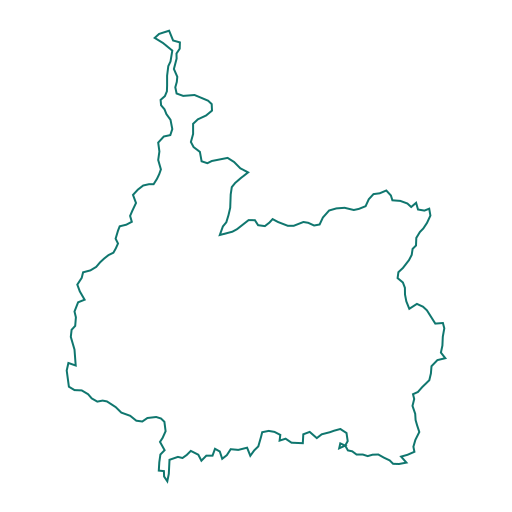 Balsa Nova, Paraná, Brazil (Albers equal-area conic projection)
{"feature_id": "56859067B3442614112454", "entity_name": "Balsa Nova", "entity_type": "district", "adm_level": 2, "iso_a3": "BRA", "parent_name": "Brazil", "parent_adm1": "Paraná", "projection": "albers", "projection_center": [-49.689, -25.488], "detail": "fine", "context": "isolated", "style": "outline", "palette": "teal", "viewbox_px": 512, "rotation_deg": 0, "n_neighbors": 0, "source": "geoboundaries", "source_scale": "gbopen_adm2", "svg_char_len": 3236}
<svg xmlns="http://www.w3.org/2000/svg" viewBox="0 0 512 512"><path d="M445.3,358.2L440.9,352.6L442.4,345.6L442.8,336.7L444.3,328.3L442.9,323.0L435.3,323.6L426.9,310.3L423.0,306.7L416.9,303.9L409.3,308.8L406.3,301.3L405.0,294.5L404.9,287.8L402.9,282.5L397.6,278.1L398.4,272.2L402.9,268.0L409.0,260.1L411.7,254.9L412.6,248.9L416.0,245.5L416.3,237.9L419.9,232.0L423.3,228.5L427.0,222.9L430.4,215.6L429.2,208.7L424.4,210.6L418.0,209.5L416.1,202.8L411.2,207.0L407.4,203.5L400.3,200.9L392.4,200.3L390.9,195.5L386.3,190.5L379.7,193.3L373.5,194.1L368.8,199.2L365.6,206.2L358.9,208.9L353.8,210.0L344.6,207.8L336.4,208.4L329.1,210.5L322.9,217.5L319.6,224.5L314.1,225.5L308.2,222.8L303.4,222.0L293.7,225.8L287.8,225.8L278.0,222.0L272.6,219.1L269.4,222.6L264.9,226.1L258.1,225.2L254.9,220.2L248.6,220.1L237.0,229.2L232.4,231.7L219.8,235.0L222.9,226.4L226.3,222.3L228.5,215.1L230.2,207.8L230.7,194.4L231.8,187.1L235.2,182.9L240.9,178.0L248.1,172.4L240.3,168.3L234.1,162.0L227.6,157.9L211.8,161.0L207.4,163.2L201.6,161.3L199.9,151.9L193.6,147.1L190.9,142.0L193.1,134.0L193.1,123.8L197.9,119.3L206.1,115.5L212.0,110.6L211.7,104.1L208.1,100.7L194.5,95.0L183.2,95.9L176.6,93.5L175.3,87.3L176.8,81.9L177.3,76.8L173.9,69.0L176.6,58.6L176.5,53.5L179.7,48.7L179.9,42.4L173.1,40.5L169.1,30.7L159.1,33.9L154.7,37.9L163.0,43.0L172.3,50.6L170.5,61.5L168.3,66.1L167.1,75.7L167.1,85.6L166.9,91.3L164.9,96.1L160.6,99.9L161.1,105.3L164.5,109.3L166.4,114.1L170.5,119.8L172.3,129.1L170.3,135.1L163.8,136.5L158.2,142.6L159.4,151.5L158.2,160.0L160.9,169.4L159.2,174.2L157.0,178.8L153.6,184.2L149.0,184.2L143.2,185.5L137.9,189.6L133.0,194.9L136.0,203.0L132.3,210.8L130.1,215.9L131.8,221.8L126.3,224.7L119.7,226.3L118.0,230.7L115.6,238.7L118.0,243.5L115.8,248.4L113.4,252.7L108.5,255.1L104.2,258.5L100.1,262.3L96.2,266.9L90.4,270.4L83.1,272.3L81.7,277.9L77.3,284.6L79.8,291.4L84.6,299.7L78.1,302.3L74.5,311.5L75.9,317.3L75.2,325.9L71.6,329.8L70.8,336.9L72.7,343.4L74.5,349.6L75.7,365.5L68.4,363.0L66.7,370.5L68.9,386.7L74.5,390.1L81.7,390.4L88.1,394.2L91.7,398.4L97.3,401.6L102.6,400.6L106.9,401.4L115.7,407.1L121.3,412.6L130.2,415.8L136.3,420.7L142.3,421.5L147.4,418.0L156.2,417.0L161.0,418.5L164.4,421.8L165.6,431.2L162.6,437.9L160.0,441.9L164.6,450.2L160.4,454.5L159.3,462.2L158.8,470.6L163.9,471.1L164.1,476.5L167.3,481.3L168.8,473.9L169.5,459.8L177.9,456.9L182.5,458.0L186.7,455.0L190.8,450.9L198.3,454.7L201.4,460.7L206.3,455.7L212.5,455.7L215.0,448.8L219.8,451.5L222.2,458.8L226.8,455.2L230.7,449.2L238.3,449.9L247.1,447.7L250.3,455.8L254.2,450.4L258.3,446.4L261.0,437.0L262.2,432.2L268.7,430.9L274.5,431.9L280.3,434.9L279.6,440.6L285.6,438.7L291.5,442.7L302.8,443.2L303.3,434.3L309.7,431.9L316.8,438.1L321.7,434.3L329.9,432.2L334.1,430.7L340.3,429.0L346.5,433.0L347.7,441.1L345.2,445.6L347.9,450.4L352.2,451.3L356.5,454.5L362.7,454.5L367.7,456.1L372.6,454.7L378.3,454.5L384.0,457.7L389.7,460.4L393.1,463.8L399.0,464.0L406.4,462.6L401.1,456.6L407.5,454.8L414.4,451.8L413.4,446.7L415.4,439.8L419.3,432.0L417.1,425.3L415.6,420.1L415.2,413.8L412.5,405.9L414.2,399.0L413.0,394.2L417.9,392.0L422.2,387.1L429.3,380.2L430.9,373.5L431.5,366.2L437.4,360.1L445.3,358.2ZM345.2,445.6L340.3,443.4L339.2,448.3L345.2,445.6Z" fill="none" stroke="#0f766e" stroke-width="2"/></svg>